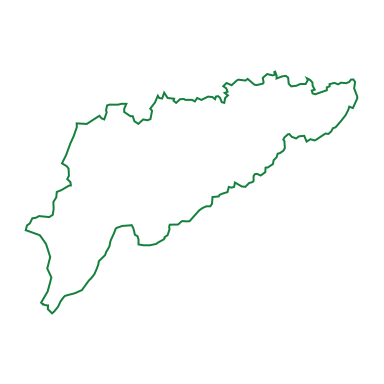 the district of Carolina, Puerto Rico, rotated 269°
{"feature_id": "32010507B91435435365169", "entity_name": "Carolina", "entity_type": "district", "adm_level": 2, "iso_a3": "PRI", "parent_name": "Puerto Rico", "parent_adm1": "", "projection": "orthographic", "projection_center": [-65.96, 18.364], "detail": "fine", "context": "isolated", "style": "outline", "palette": "green", "viewbox_px": 384, "rotation_deg": 269, "n_neighbors": 0, "source": "geoboundaries", "source_scale": "gbopen_adm2", "svg_char_len": 3415}
<svg xmlns="http://www.w3.org/2000/svg" viewBox="0 0 384 384"><g transform="rotate(269 192 192)"><path d="M84.0,39.2L82.2,41.0L82.5,41.3L81.8,42.3L81.1,45.0L81.1,46.1L77.4,45.8L73.1,50.0L74.9,52.1L79.5,56.0L85.0,58.7L89.3,62.0L90.4,63.3L91.6,68.0L92.6,72.3L93.4,74.5L95.4,79.1L95.7,80.1L103.4,85.9L105.4,87.4L107.1,89.3L110.2,91.9L111.8,93.1L116.7,95.3L120.6,96.9L124.5,97.7L130.4,104.0L132.0,104.6L133.1,104.9L136.7,107.1L139.1,108.5L143.9,109.5L145.5,110.1L151.3,112.9L153.0,113.7L156.1,114.8L157.4,115.8L158.2,118.5L158.6,119.6L159.3,122.0L159.5,125.6L159.7,129.4L159.9,130.9L159.9,131.1L157.3,132.5L153.6,133.5L150.3,134.1L148.8,136.7L145.5,137.7L140.5,137.6L139.6,142.5L139.5,149.1L140.7,155.3L142.0,157.0L145.1,162.9L146.2,163.8L147.2,163.7L149.2,166.8L155.1,168.9L157.5,168.5L159.7,169.2L159.7,169.9L159.7,177.5L162.5,180.7L163.1,181.9L162.7,186.6L162.9,189.1L167.6,193.4L173.7,199.1L174.4,200.2L175.7,202.1L177.4,205.9L177.4,210.1L179.9,211.8L186.6,212.4L187.1,218.6L188.6,219.5L189.7,221.9L189.7,222.0L191.3,227.5L196.4,228.9L195.7,231.6L196.4,234.2L200.7,235.1L196.7,241.8L196.2,245.4L200.0,249.3L200.9,252.8L202.1,253.8L206.7,253.8L208.7,255.1L209.0,257.3L207.3,260.9L210.5,265.6L215.1,266.0L215.2,268.2L218.5,273.4L222.4,274.2L225.1,277.1L228.8,278.3L229.4,280.7L231.9,284.3L234.3,285.6L241.3,285.3L242.8,284.2L245.0,285.4L248.0,288.9L248.2,290.4L245.5,292.6L243.7,297.0L245.8,300.0L246.2,305.2L240.4,307.5L242.7,311.3L241.4,315.5L242.4,317.5L248.1,326.4L247.7,329.4L250.1,332.2L253.3,334.0L254.2,336.7L260.7,342.5L266.1,346.9L271.4,349.7L274.6,350.7L273.1,354.3L282.7,358.9L284.8,358.8L292.9,355.9L299.1,357.0L301.7,355.3L301.6,352.9L299.2,351.0L298.1,347.9L298.7,342.8L297.1,340.1L298.6,336.2L297.4,331.4L295.3,331.5L294.2,328.6L291.4,328.6L287.6,316.9L288.5,314.3L291.3,313.5L292.2,316.5L296.0,314.5L299.4,314.3L302.0,312.0L303.7,308.9L301.9,309.8L298.0,307.5L298.1,302.1L296.4,298.2L295.9,293.1L298.5,290.6L304.7,290.1L306.5,287.8L306.0,284.1L304.0,278.5L307.0,278.6L310.9,277.2L310.5,276.4L307.8,276.9L307.2,274.6L308.6,269.2L304.9,264.8L300.1,265.5L299.1,264.7L297.8,258.6L298.2,256.3L304.1,249.6L302.5,247.4L303.5,240.5L302.8,238.8L298.1,233.5L300.4,228.4L297.2,225.1L295.0,228.1L291.6,229.3L290.5,226.4L288.0,229.6L285.4,226.8L280.6,225.8L281.3,223.3L285.6,221.7L287.4,219.8L287.0,217.6L284.4,216.7L286.5,214.2L287.1,209.8L283.9,203.0L285.9,198.8L282.5,196.4L284.1,193.7L284.2,187.0L285.1,185.6L285.0,181.7L281.4,177.7L283.6,175.1L285.6,175.7L286.4,169.3L291.8,165.9L286.0,163.8L286.5,160.9L288.8,159.5L282.1,156.5L276.1,151.7L273.9,153.5L265.6,151.7L264.5,148.8L265.4,144.5L261.1,139.6L261.6,138.8L263.7,135.7L268.9,134.0L268.8,131.8L273.2,125.6L276.4,125.7L281.3,127.9L281.4,123.1L280.6,119.5L280.8,111.1L280.0,108.6L275.2,107.5L273.2,108.1L266.1,105.5L267.2,102.9L269.8,100.7L261.9,88.0L262.6,77.9L258.9,78.0L249.7,74.6L243.1,71.4L231.2,66.8L222.9,62.5L219.9,67.3L217.5,69.0L210.3,69.2L207.1,67.5L204.0,70.6L200.7,71.0L200.4,68.9L196.2,61.5L194.4,56.8L189.0,56.2L184.6,53.3L183.1,53.2L177.8,53.4L171.7,52.4L169.4,48.9L170.6,38.6L168.9,35.3L168.5,31.9L163.4,29.3L161.4,26.4L156.7,25.1L156.5,25.7L155.1,29.5L151.8,38.1L151.4,39.1L149.9,40.2L143.4,44.6L142.6,45.1L137.9,46.6L129.4,49.1L125.5,48.0L121.1,46.8L118.7,46.1L118.2,45.9L117.5,46.2L113.4,48.0L112.8,48.3L109.0,49.9L106.9,49.3L103.9,48.5L95.3,46.0L95.0,45.9L87.6,41.4L84.0,39.2Z" fill="none" stroke="#15803d" stroke-width="2"/></g></svg>